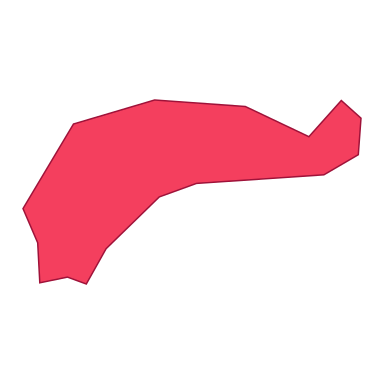 SVG path tracing the border of Eastern
{"feature_id": "ASM-4998", "entity_name": "Eastern", "entity_type": "state/province", "adm_level": 1, "iso_a3": "ASM", "parent_name": "American Samoa", "parent_adm1": "", "projection": "equal_earth", "projection_center": [-170.654, -14.284], "detail": "fine", "context": "isolated", "style": "filled", "palette": "rose", "viewbox_px": 384, "rotation_deg": 0, "n_neighbors": 0, "source": "natural_earth", "source_scale": "10m", "svg_char_len": 329}
<svg xmlns="http://www.w3.org/2000/svg" viewBox="0 0 384 384"><path d="M23.0,208.6L73.5,124.0L154.6,100.0L245.3,106.5L308.9,136.7L341.3,100.5L361.0,118.2L358.3,154.7L323.9,174.8L196.5,183.4L159.3,196.9L106.1,248.7L86.3,284.0L67.4,277.1L39.8,282.8L37.7,242.8L23.0,208.6Z" fill="#f43f5e" stroke="#9f1239" stroke-width="1.5"/></svg>